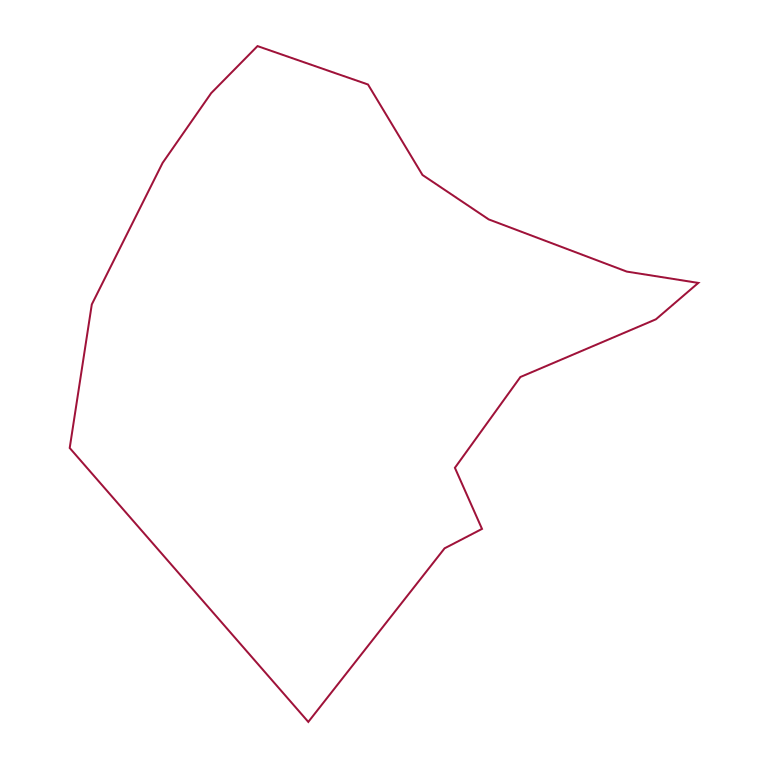 an SVG outline of Dobrovnik
{"feature_id": "SVN-271", "entity_name": "Dobrovnik", "entity_type": "Municipality", "adm_level": 1, "iso_a3": "SVN", "parent_name": "Slovenia", "parent_adm1": "", "projection": "equal_earth", "projection_center": [16.364, 46.652], "detail": "fine", "context": "isolated", "style": "outline", "palette": "rose", "viewbox_px": 768, "rotation_deg": 0, "n_neighbors": 0, "source": "natural_earth", "source_scale": "10m", "svg_char_len": 361}
<svg xmlns="http://www.w3.org/2000/svg" viewBox="0 0 768 768"><path d="M698.3,282.9L655.9,319.3L520.4,377.0L454.9,467.8L482.0,528.9L479.9,530.0L444.6,548.3L308.3,721.9L69.7,448.0L91.8,304.4L162.6,162.9L211.2,93.1L257.5,46.1L335.7,73.3L368.0,84.5L422.5,175.0L488.7,219.4L626.8,271.6L693.1,282.1L698.3,282.9Z" fill="none" stroke="#9f1239" stroke-width="2"/></svg>